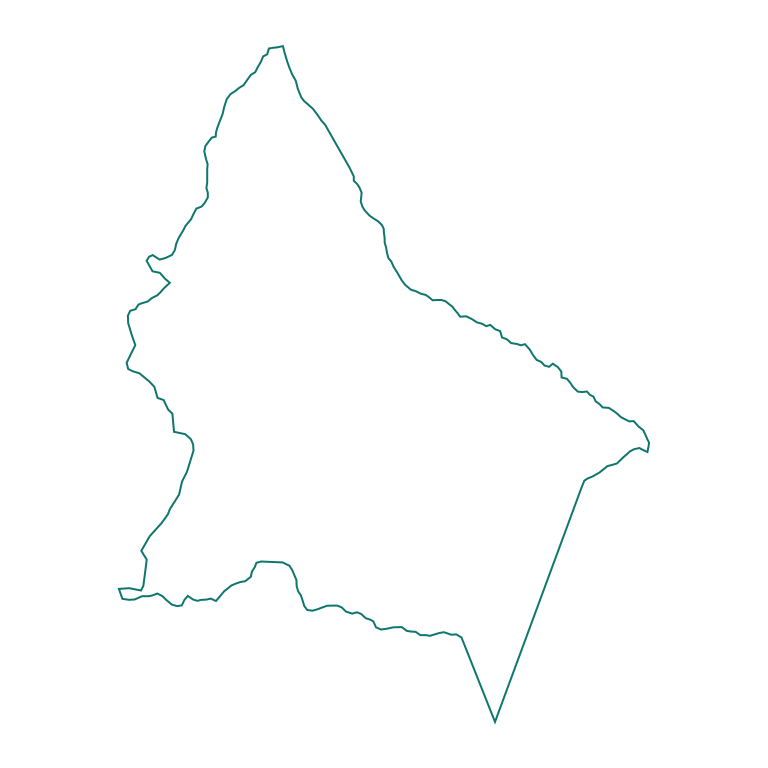 the district of Coronel Sapucaia, Mato Grosso do Sul, Brazil
{"feature_id": "56859067B59177050807498", "entity_name": "Coronel Sapucaia", "entity_type": "district", "adm_level": 2, "iso_a3": "BRA", "parent_name": "Brazil", "parent_adm1": "Mato Grosso do Sul", "projection": "orthographic", "projection_center": [-55.397, -23.331], "detail": "fine", "context": "isolated", "style": "outline", "palette": "teal", "viewbox_px": 768, "rotation_deg": 0, "n_neighbors": 0, "source": "geoboundaries", "source_scale": "gbopen_adm2", "svg_char_len": 3679}
<svg xmlns="http://www.w3.org/2000/svg" viewBox="0 0 768 768"><path d="M282.9,46.1L277.0,47.4L272.8,47.8L268.9,48.5L267.2,54.3L263.1,56.4L261.1,61.4L257.8,67.1L255.2,72.2L250.9,74.8L247.7,79.2L243.7,85.0L239.1,87.9L235.6,90.8L230.5,94.1L226.7,99.2L224.2,107.0L222.6,114.0L220.4,119.6L218.6,124.2L217.2,128.2L216.0,132.5L215.7,136.6L211.8,137.6L209.0,141.1L205.3,146.1L204.3,151.5L205.9,158.6L207.6,164.2L207.2,169.0L207.2,176.9L207.2,182.5L206.4,188.0L207.8,192.7L207.8,197.5L204.6,203.1L201.5,206.6L196.4,208.6L193.6,213.8L191.0,219.3L185.6,225.7L183.0,230.8L180.7,234.5L178.5,238.3L176.2,243.8L174.9,249.9L172.0,254.9L165.5,258.0L159.6,259.6L152.7,255.1L149.1,256.7L146.6,260.8L152.5,271.3L159.8,272.8L165.2,278.9L169.8,282.8L163.9,288.3L160.3,292.4L157.2,295.4L152.1,297.9L147.7,301.5L142.0,303.2L138.5,304.5L135.5,309.2L130.2,310.8L127.9,315.7L128.2,323.2L131.8,335.1L135.3,345.1L126.6,362.8L128.2,369.0L133.1,371.4L139.3,373.2L149.3,381.5L154.4,386.9L157.5,397.9L163.6,400.0L168.1,409.5L172.4,413.7L174.0,431.8L185.3,434.2L190.9,439.2L193.1,444.4L193.5,450.7L186.9,471.9L182.0,481.6L179.1,494.6L172.8,504.5L169.8,509.3L168.0,514.1L164.1,519.6L161.4,523.3L149.7,536.2L141.3,550.8L143.5,554.4L146.7,559.6L145.1,572.7L143.3,586.0L141.0,590.5L129.4,588.2L118.9,588.9L122.4,598.8L128.8,599.8L134.6,599.5L142.1,596.2L149.1,596.2L152.8,595.3L157.3,593.5L162.4,596.1L166.2,599.9L171.9,604.6L177.0,606.1L181.8,605.4L184.4,599.9L187.8,595.9L193.0,599.5L197.3,600.8L201.0,599.9L206.3,599.6L210.7,598.6L216.0,601.0L220.3,595.9L224.3,591.1L227.6,588.6L231.4,585.5L236.0,583.5L240.4,582.0L245.2,581.2L250.8,576.8L251.9,571.6L254.8,567.1L256.4,562.8L261.3,561.5L267.6,561.8L274.9,562.1L282.6,562.4L289.5,565.8L292.5,570.6L294.2,574.8L296.4,579.9L296.7,586.4L298.2,591.4L300.9,595.4L302.8,601.1L304.3,606.1L307.3,610.0L312.5,610.7L317.1,609.4L321.4,607.8L326.9,605.8L331.8,605.6L337.3,605.6L341.7,607.4L346.0,611.6L352.2,613.6L357.1,612.3L361.2,614.0L365.7,618.2L369.9,619.5L373.3,621.3L376.0,627.3L380.9,629.5L386.4,628.8L393.5,627.3L401.8,627.1L406.7,630.8L410.5,631.5L415.6,631.8L420.3,635.1L425.6,635.1L430.0,635.8L439.0,633.1L443.8,632.2L447.5,633.4L451.2,634.7L456.3,634.4L461.5,637.5L495.0,721.9L581.3,488.2L584.3,480.7L587.8,478.4L592.3,476.6L599.2,472.7L603.0,469.7L607.4,466.1L612.2,464.9L617.1,463.4L620.0,460.5L623.6,457.0L626.9,454.2L629.8,451.5L633.8,449.3L639.3,448.0L642.6,449.8L647.4,452.0L648.5,446.7L649.1,442.7L647.3,439.2L645.5,435.0L643.3,430.3L638.5,426.5L633.7,421.1L629.3,421.4L625.3,419.4L620.9,417.1L616.6,413.2L612.9,410.5L608.9,407.9L602.6,407.4L599.3,403.9L595.7,401.4L593.5,396.7L589.9,394.8L586.9,391.5L582.2,392.1L577.8,391.6L573.0,387.0L570.7,383.4L567.0,378.8L561.6,377.5L561.3,371.5L557.7,367.0L552.8,363.7L549.1,366.8L544.5,365.5L541.2,361.9L536.6,359.9L532.7,354.6L530.0,349.9L525.0,344.2L520.9,345.3L517.0,344.0L511.1,343.1L506.9,339.3L502.0,337.4L500.1,331.1L495.3,329.3L490.2,324.9L486.3,326.2L482.2,323.8L477.0,322.4L471.9,319.1L466.2,316.3L460.1,316.7L457.7,313.3L454.7,309.8L452.4,306.7L448.9,304.0L445.6,301.3L441.6,300.0L437.1,300.0L432.7,300.3L429.2,297.4L425.7,294.9L421.1,293.8L415.8,291.2L410.9,289.7L405.0,284.7L401.7,280.3L397.5,273.0L393.6,266.8L391.4,261.7L388.3,257.9L386.9,252.5L386.1,247.4L384.7,242.7L384.6,237.5L383.9,232.9L383.7,228.7L381.8,224.9L377.8,221.1L374.1,218.8L369.6,215.7L364.7,210.4L362.5,206.8L360.7,201.5L361.2,197.2L361.6,192.7L359.5,187.6L357.0,183.8L353.8,180.9L353.8,176.4L351.9,172.5L349.6,167.8L325.2,124.9L321.3,120.5L317.9,115.4L313.0,108.9L307.9,104.3L304.1,101.1L301.2,97.2L297.8,88.8L295.8,80.8L291.9,73.8L289.4,67.7L287.2,61.5L284.5,52.5L282.9,46.1Z" fill="none" stroke="#0f766e" stroke-width="2"/></svg>